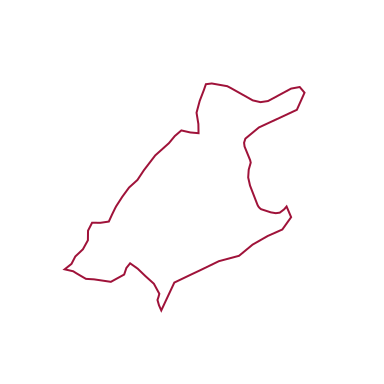 the District of Kəlbəcər, rotated 146°
{"feature_id": "AZE-1682", "entity_name": "Kəlbəcər", "entity_type": "District", "adm_level": 1, "iso_a3": "AZE", "parent_name": "Azerbaijan", "parent_adm1": "", "projection": "natural_earth1", "projection_center": [46.186, 40.056], "detail": "fine", "context": "isolated", "style": "outline", "palette": "rose", "viewbox_px": 384, "rotation_deg": 146, "n_neighbors": 0, "source": "natural_earth", "source_scale": "10m", "svg_char_len": 1166}
<svg xmlns="http://www.w3.org/2000/svg" viewBox="0 0 384 384"><g transform="rotate(146 192 192)"><path d="M100.4,208.1L117.9,206.4L121.3,203.7L123.0,200.3L126.0,185.9L126.9,183.5L132.5,178.8L137.3,172.6L140.3,164.9L144.9,144.7L145.1,142.8L144.9,141.0L144.4,139.2L138.0,131.0L134.4,127.6L130.8,125.8L125.3,126.1L121.7,127.1L123.9,115.7L138.1,110.4L153.8,113.2L171.2,114.5L188.7,112.8L208.3,119.6L229.3,122.6L239.0,124.1L257.3,126.8L283.7,111.0L282.7,116.6L281.0,121.8L278.5,123.7L276.0,125.9L274.9,137.3L277.7,148.5L279.9,158.8L283.2,167.5L288.9,165.7L294.4,161.5L309.5,162.9L322.1,174.4L328.5,179.3L331.6,185.7L333.5,189.7L334.8,192.7L340.8,199.1L332.1,199.8L330.1,200.9L324.8,203.8L314.5,205.5L305.3,210.2L299.8,218.1L292.0,222.4L285.2,217.7L277.5,214.0L270.6,218.2L264.7,221.6L262.8,222.6L252.3,227.1L241.7,230.9L230.5,232.5L219.6,237.0L202.0,242.9L183.8,245.4L175.0,248.0L166.4,249.0L160.1,242.3L153.7,237.1L148.7,244.8L143.9,255.2L134.7,263.2L125.0,270.0L120.2,273.6L114.9,270.9L103.6,260.0L101.6,256.3L90.4,234.0L85.0,228.2L78.1,224.9L52.0,222.3L44.0,218.8L43.5,214.5L43.2,211.4L59.1,201.5L100.4,208.1Z" fill="none" stroke="#9f1239" stroke-width="2"/></g></svg>